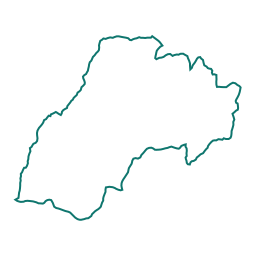 the district of José Bonifácio, São Paulo, Brazil
{"feature_id": "56859067B42507198027586", "entity_name": "José Bonifácio", "entity_type": "district", "adm_level": 2, "iso_a3": "BRA", "parent_name": "Brazil", "parent_adm1": "São Paulo", "projection": "orthographic", "projection_center": [-49.769, -21.098], "detail": "fine", "context": "isolated", "style": "outline", "palette": "teal", "viewbox_px": 256, "rotation_deg": 0, "n_neighbors": 0, "source": "geoboundaries", "source_scale": "gbopen_adm2", "svg_char_len": 3947}
<svg xmlns="http://www.w3.org/2000/svg" viewBox="0 0 256 256"><path d="M84.2,219.1L86.2,218.4L88.3,218.2L91.3,216.0L92.1,214.1L93.4,212.9L95.0,211.3L96.7,210.1L98.2,209.2L99.5,208.1L100.8,206.7L101.3,205.0L102.1,202.6L103.2,200.6L103.2,198.4L103.6,196.7L104.5,194.3L105.5,191.9L105.5,189.4L105.9,187.4L109.3,186.8L112.7,187.2L114.8,188.0L116.1,188.8L118.5,189.8L120.7,190.3L122.3,189.8L121.8,187.9L121.4,185.6L121.6,183.2L122.2,181.4L123.3,179.4L124.8,177.2L126.3,174.9L128.0,172.3L128.5,169.8L128.9,168.1L129.9,166.5L131.6,163.8L132.0,162.3L132.3,160.7L133.4,158.7L135.5,158.1L138.0,158.6L140.3,157.4L141.4,155.0L143.2,153.1L144.3,151.8L145.5,150.3L146.9,148.8L149.0,147.9L151.4,147.7L153.3,148.5L154.8,149.7L156.3,149.8L158.4,149.7L160.8,149.5L163.3,148.9L165.4,148.3L167.6,147.9L169.3,147.2L171.4,146.6L174.8,147.8L176.9,148.4L178.8,148.7L180.0,147.8L181.4,145.9L184.1,144.8L185.7,144.4L185.5,146.6L186.6,148.4L186.8,150.8L186.5,153.2L186.7,156.0L185.6,157.5L185.9,159.1L186.5,160.7L186.8,162.9L187.8,164.2L189.8,164.5L190.5,162.4L191.7,161.3L193.7,160.9L195.8,159.6L196.8,157.5L198.6,156.1L200.6,154.3L203.1,153.2L204.8,150.8L206.3,149.0L207.6,147.8L208.0,146.1L209.4,144.1L211.4,141.9L213.0,140.6L214.7,140.3L216.2,140.4L218.4,139.2L220.2,139.4L222.4,139.7L223.8,138.3L225.8,139.0L228.7,139.0L230.6,137.7L231.2,136.0L231.5,133.8L231.6,131.0L232.3,128.9L232.8,127.2L233.4,124.9L233.3,121.9L234.3,119.6L233.7,117.3L232.5,113.8L234.4,112.2L236.1,110.6L237.8,109.7L238.1,108.1L237.9,105.7L237.6,103.5L236.1,102.7L235.7,101.0L236.3,99.5L237.4,97.6L238.8,94.8L239.7,92.0L240.2,89.6L240.6,87.4L239.3,86.0L237.4,85.0L235.4,83.3L232.9,82.7L230.4,84.0L227.8,86.0L226.4,87.1L222.7,87.1L220.8,87.0L219.1,86.8L217.0,86.9L216.4,84.7L216.3,81.8L216.5,79.2L216.4,77.1L216.4,75.0L214.4,74.3L212.7,74.5L211.9,72.7L212.3,70.8L211.1,68.9L209.2,68.6L207.8,68.1L206.6,66.6L204.3,65.3L203.6,62.9L203.0,60.0L201.1,58.5L200.2,57.1L198.3,57.4L197.0,58.7L196.0,60.6L194.8,62.6L192.6,65.5L191.9,67.8L190.3,69.4L190.0,65.7L190.0,63.5L189.2,60.9L187.9,58.0L187.4,56.1L185.3,55.0L183.1,53.7L180.3,53.8L178.6,54.7L176.8,54.5L174.2,55.1L172.6,55.9L170.2,54.0L167.9,54.2L165.7,55.3L163.6,56.9L161.5,57.6L159.3,57.8L156.4,59.2L155.2,58.1L155.6,55.9L156.0,54.3L156.3,52.6L156.8,50.7L158.2,48.9L160.3,46.7L162.4,45.6L159.9,42.3L158.5,40.9L152.2,36.2L150.9,37.7L149.2,37.7L147.1,37.7L145.2,38.0L143.0,37.8L140.9,37.8L139.2,37.2L136.6,38.3L134.6,38.7L132.9,39.3L131.3,40.2L129.8,39.9L128.3,38.3L126.0,37.7L123.7,37.3L121.5,36.9L118.6,36.3L116.8,36.3L114.4,37.1L112.8,37.8L110.2,37.4L107.6,38.1L105.7,38.9L103.4,38.5L102.0,39.8L100.3,40.8L99.5,43.3L99.0,45.4L99.2,47.4L98.9,50.1L97.9,51.5L96.2,53.1L94.7,55.2L92.9,57.0L92.1,58.9L91.3,60.7L89.8,62.2L89.1,64.5L88.8,66.6L88.3,68.6L87.9,70.7L87.0,72.2L86.1,74.0L84.2,75.2L83.0,76.6L83.3,78.4L84.2,80.4L84.8,82.4L84.7,84.0L83.2,85.7L81.5,87.2L80.8,89.9L79.5,91.3L77.6,92.6L76.7,95.1L75.1,96.5L73.6,98.0L72.8,99.7L71.3,100.8L70.3,102.4L68.7,104.4L67.3,106.2L67.0,108.0L65.2,108.9L63.3,110.1L62.0,111.7L61.7,113.5L60.8,115.0L58.6,113.8L57.2,112.8L55.8,112.0L54.2,112.9L52.6,113.7L50.9,114.4L50.4,116.1L48.7,115.7L47.3,117.4L46.1,119.1L44.1,120.1L43.2,122.6L42.0,124.4L40.6,126.1L39.0,127.9L37.5,130.6L37.0,133.0L37.1,135.2L37.5,138.3L37.1,141.0L35.7,142.8L33.4,143.8L32.5,145.2L31.5,147.0L29.9,148.1L30.4,151.3L29.3,153.8L28.5,156.4L28.3,159.2L27.7,161.2L27.9,163.3L26.9,166.0L25.8,167.7L24.1,167.8L23.1,169.7L22.1,172.2L20.8,173.9L21.0,176.1L20.4,178.4L20.7,180.6L20.2,182.9L20.2,185.5L20.0,188.3L19.7,190.6L19.1,192.6L18.5,197.9L15.4,199.7L17.2,200.9L19.3,201.6L20.8,201.9L23.6,201.7L25.3,201.0L27.5,200.8L29.8,201.0L33.1,201.4L36.3,202.3L38.5,203.3L40.6,203.4L42.9,203.6L44.3,202.8L45.6,201.1L47.3,200.1L49.3,199.7L51.2,200.1L52.8,202.9L54.2,206.7L56.2,208.0L58.4,208.5L59.9,209.0L65.3,211.0L68.5,211.8L70.2,212.6L72.6,215.0L75.2,217.6L77.5,219.1L79.4,219.7L81.0,219.8L84.2,219.1Z" fill="none" stroke="#0f766e" stroke-width="2"/></svg>